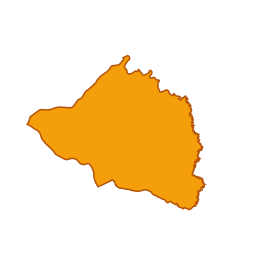 Non Narai, Surin, Thailand, rotated 294°
{"feature_id": "78962969B93743145259282", "entity_name": "Non Narai", "entity_type": "district", "adm_level": 2, "iso_a3": "THA", "parent_name": "Thailand", "parent_adm1": "Surin", "projection": "natural_earth1", "projection_center": [103.921, 15.199], "detail": "fine", "context": "isolated", "style": "filled", "palette": "amber", "viewbox_px": 256, "rotation_deg": 294, "n_neighbors": 0, "source": "geoboundaries", "source_scale": "gbopen_adm2", "svg_char_len": 5946}
<svg xmlns="http://www.w3.org/2000/svg" viewBox="0 0 256 256"><g transform="rotate(294 128 128)"><path d="M190.1,94.9L189.8,95.8L189.0,96.1L184.5,95.0L182.6,94.2L181.2,92.9L178.7,88.7L177.9,87.9L176.7,87.3L174.4,87.2L171.5,86.2L164.3,81.9L159.2,80.3L157.3,80.1L156.2,80.4L154.3,79.1L153.4,79.3L152.9,78.8L146.3,75.8L145.2,74.8L142.6,74.2L137.1,73.6L136.4,73.3L133.3,70.9L125.2,69.2L123.6,68.0L122.8,66.7L119.5,57.4L117.5,54.0L114.2,50.7L112.5,48.3L111.1,45.6L109.8,41.9L108.9,40.3L108.1,39.6L98.5,34.1L93.3,34.8L90.3,34.4L90.3,37.3L89.1,43.3L89.0,46.4L88.3,48.2L86.9,50.2L83.3,53.5L82.4,54.9L80.2,59.3L77.7,66.5L76.7,68.9L74.5,72.7L73.7,82.9L73.9,84.1L74.9,86.0L76.4,87.6L77.3,89.0L78.0,90.6L78.2,92.1L78.0,94.7L76.1,98.7L76.1,101.3L77.3,103.5L79.2,105.7L79.5,106.5L79.4,107.1L78.1,109.9L75.4,113.1L73.3,114.9L68.7,117.2L64.7,121.0L62.1,124.6L63.3,125.4L66.1,128.1L72.9,133.8L74.3,134.5L74.0,136.0L73.6,136.5L73.5,137.6L71.5,139.2L71.1,140.3L70.7,140.2L70.3,140.7L69.8,143.3L69.8,145.0L70.5,147.2L71.5,151.6L72.2,153.7L72.5,156.8L73.8,162.0L75.0,164.2L78.3,168.3L79.2,171.7L79.0,172.6L79.1,174.4L77.8,177.2L77.3,179.1L77.7,181.5L77.1,183.5L77.4,184.8L77.1,188.1L77.3,190.4L77.1,191.5L76.0,193.2L75.8,194.8L77.4,195.7L78.2,196.8L77.8,197.9L77.4,202.4L78.8,203.2L78.0,204.9L77.3,204.5L77.1,204.8L76.6,207.2L76.9,209.4L76.6,211.3L78.0,211.8L78.5,214.9L78.2,216.8L78.9,217.5L78.9,217.8L80.6,218.7L83.4,219.8L83.8,220.8L84.2,220.6L84.4,221.4L84.9,220.9L85.9,221.2L86.3,221.6L86.6,221.3L86.7,220.9L87.1,221.3L87.4,220.8L87.7,221.6L88.6,220.7L88.8,221.7L89.5,221.9L89.8,221.8L89.9,221.4L91.2,221.6L91.6,221.0L91.5,220.2L91.9,219.9L92.1,220.3L92.3,220.4L92.7,219.3L93.0,219.4L93.1,219.9L93.5,219.2L93.7,219.6L94.2,219.5L94.7,220.0L95.3,219.9L95.7,219.4L96.4,219.5L96.3,218.7L97.6,218.9L97.7,218.5L98.2,218.5L98.1,218.0L98.7,217.8L98.7,218.5L99.3,218.4L99.4,219.0L99.8,219.5L100.1,218.9L101.4,219.6L101.3,220.6L101.5,221.0L101.8,220.9L101.9,220.1L102.2,219.9L102.8,220.0L103.1,219.3L103.3,219.9L103.9,220.2L104.5,219.6L104.8,219.7L104.8,220.0L104.5,220.6L105.2,220.5L105.1,220.9L104.7,221.3L105.1,221.6L106.2,221.0L106.5,220.6L107.2,220.6L107.8,221.2L107.8,220.5L108.5,219.5L108.8,219.5L109.1,218.9L108.6,218.7L108.5,218.3L109.0,218.4L109.6,217.6L110.0,218.0L110.8,217.6L112.0,216.3L111.1,215.9L111.3,215.6L111.8,215.5L111.8,215.1L111.4,214.9L111.9,214.1L110.9,214.3L110.6,213.9L111.2,213.7L111.8,212.3L111.3,211.8L111.5,211.3L110.7,211.4L110.4,211.1L111.2,210.7L111.3,209.7L111.1,208.4L111.8,208.3L111.8,207.7L111.0,207.0L111.5,206.4L111.4,205.6L111.8,205.8L112.0,205.5L113.4,205.5L113.9,205.0L114.9,205.4L115.8,204.8L116.8,205.4L117.1,205.0L117.7,205.1L118.6,204.3L118.9,205.0L119.8,205.4L120.3,205.2L120.3,204.8L120.8,204.9L120.7,203.6L121.3,204.0L121.2,204.8L121.6,205.0L122.0,204.0L123.9,203.0L123.7,204.0L124.1,204.6L125.1,204.5L125.3,204.8L125.4,203.5L126.3,203.6L126.3,204.3L126.9,203.4L127.3,203.7L127.6,204.7L127.1,205.1L127.5,205.6L127.3,206.1L128.1,206.2L128.3,205.7L128.0,205.4L128.6,205.2L129.4,206.1L129.6,205.7L129.2,205.1L129.4,204.7L128.8,204.6L129.4,203.6L131.3,203.3L131.5,202.6L132.2,202.9L133.4,202.8L134.3,202.2L134.5,202.8L135.0,202.5L134.7,202.2L134.9,201.6L135.8,202.2L136.0,201.4L136.1,201.5L136.1,202.8L136.8,202.8L137.1,202.3L137.3,203.6L137.9,203.3L137.9,204.0L138.6,203.7L138.4,204.2L138.6,204.2L139.2,203.6L139.7,204.0L140.0,203.4L141.1,203.9L141.2,203.5L140.9,203.0L141.3,202.2L141.7,202.2L141.9,201.5L142.3,201.3L142.4,200.6L143.0,200.8L143.2,200.6L143.3,199.9L143.1,199.7L143.5,199.4L143.3,199.0L143.4,198.6L144.5,198.1L144.5,197.9L144.1,197.7L144.1,197.2L144.4,197.2L145.0,198.1L145.7,198.0L146.1,198.2L146.2,197.6L147.0,196.8L146.7,196.4L146.1,196.7L146.7,195.9L147.3,196.3L147.9,195.5L148.7,196.3L149.2,196.0L149.0,195.2L149.4,195.0L150.6,195.2L150.0,194.4L150.9,194.1L151.0,192.9L150.2,192.4L150.8,192.0L150.3,191.5L150.2,191.0L150.9,191.0L150.7,190.3L151.1,190.3L151.3,189.8L151.8,190.0L152.1,189.8L151.4,189.1L151.7,188.5L152.7,188.0L154.1,187.9L154.9,186.9L155.1,187.5L155.4,187.4L155.5,186.9L155.8,186.8L155.8,185.7L157.2,187.2L157.3,186.6L157.0,186.3L157.2,185.8L156.7,185.9L156.7,185.5L157.5,185.6L157.6,185.1L158.2,185.3L158.6,184.2L159.4,185.0L159.5,184.0L160.3,184.0L160.6,184.4L160.9,184.3L161.0,184.0L161.4,184.3L162.1,184.1L161.5,183.4L162.0,183.0L162.4,183.2L162.6,182.3L163.7,182.9L164.0,181.8L164.3,182.2L164.8,182.0L164.9,181.8L164.3,180.9L164.9,180.2L164.6,179.5L165.4,179.8L165.9,178.9L166.0,179.6L166.5,180.1L166.7,179.3L166.5,178.7L166.8,178.5L168.1,179.0L168.7,178.6L169.5,179.0L170.0,179.0L170.5,178.5L170.4,177.9L171.4,177.4L171.6,177.5L171.8,176.9L172.4,176.5L173.5,176.4L172.9,175.6L172.8,175.0L173.4,175.0L173.8,174.6L174.1,175.1L174.8,175.1L174.9,174.8L174.6,174.1L175.0,173.6L174.9,172.5L175.1,172.4L175.4,173.0L176.0,173.0L176.0,172.4L175.5,171.6L176.2,171.7L176.7,170.9L176.4,170.2L175.9,170.5L175.7,170.2L177.2,169.6L178.2,169.7L178.4,170.0L178.2,170.6L178.6,170.9L179.5,169.7L179.0,169.4L179.1,169.2L179.7,168.9L179.3,168.5L179.5,168.2L179.5,167.8L180.4,167.5L179.7,166.9L177.9,166.2L177.3,164.7L175.7,165.1L175.1,164.8L174.9,164.2L174.8,163.2L175.2,162.5L177.5,163.0L177.9,162.6L177.1,160.0L176.9,158.3L178.0,156.4L178.1,155.9L177.7,155.7L176.3,156.0L175.7,155.4L176.2,151.9L176.5,151.4L178.0,150.6L178.6,148.0L177.6,146.6L174.6,144.1L174.1,143.2L174.1,142.4L177.5,138.6L179.1,138.1L181.4,136.9L183.7,137.5L184.1,137.3L184.3,136.5L183.7,135.2L183.6,134.4L184.9,131.4L184.5,130.5L182.9,128.9L182.8,128.0L183.1,127.1L183.9,126.8L184.9,126.9L186.6,127.6L187.6,127.6L189.1,126.9L189.7,125.8L189.5,124.5L187.4,124.5L186.2,124.2L183.0,121.5L182.6,120.5L182.6,119.8L185.7,114.3L185.7,113.9L185.5,113.6L183.9,114.0L183.5,113.8L182.8,111.4L179.6,109.4L178.0,107.6L177.7,106.8L177.7,105.9L178.0,105.1L178.6,104.4L180.4,103.4L181.6,100.6L182.9,99.6L188.5,100.2L190.9,101.3L192.0,101.4L193.1,100.7L193.9,99.6L193.9,98.1L190.1,94.9Z" fill="#f59e0b" stroke="#b45309" stroke-width="1.5"/></g></svg>